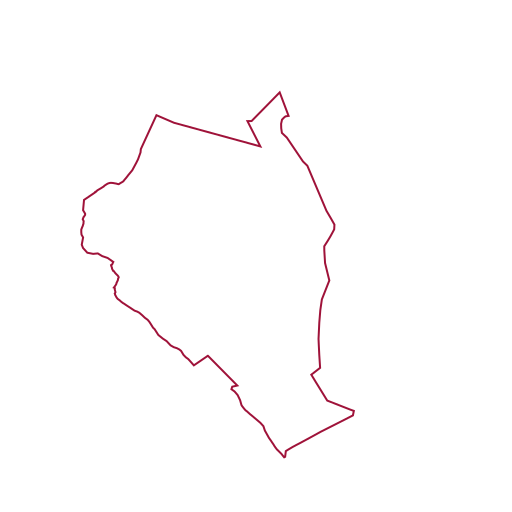 Santa Catarina Quiané, Oaxaca, Mexico, rotated 306°
{"feature_id": "50627088B32470914546985", "entity_name": "Santa Catarina Quiané", "entity_type": "district", "adm_level": 2, "iso_a3": "MEX", "parent_name": "Mexico", "parent_adm1": "Oaxaca", "projection": "equal_earth", "projection_center": [-96.743, 16.88], "detail": "fine", "context": "isolated", "style": "outline", "palette": "rose", "viewbox_px": 512, "rotation_deg": 306, "n_neighbors": 0, "source": "geoboundaries", "source_scale": "gbopen_adm2", "svg_char_len": 3083}
<svg xmlns="http://www.w3.org/2000/svg" viewBox="0 0 512 512"><g transform="rotate(306 256 256)"><path d="M131.0,270.0L146.1,275.4L146.7,275.5L147.0,275.7L147.0,275.8L140.2,317.0L136.3,313.6L133.8,314.4L133.8,318.3L132.7,322.9L130.0,327.9L126.9,331.8L126.4,333.0L125.7,335.4L125.3,336.9L125.0,338.3L125.0,340.0L124.8,341.8L124.5,344.5L124.5,345.5L123.6,357.6L122.7,362.0L119.9,365.9L119.8,366.2L116.5,373.3L115.1,377.4L114.6,378.6L114.4,379.3L114.1,380.1L113.8,381.0L113.2,382.3L112.7,383.8L112.5,384.2L112.2,385.4L111.8,386.5L111.7,387.6L111.5,388.7L111.4,389.4L111.3,390.1L111.2,390.7L111.0,391.9L110.9,392.7L110.8,393.1L109.9,396.3L109.7,397.1L110.7,397.6L115.7,394.8L118.2,395.8L123.3,398.0L125.5,399.1L126.0,399.3L130.8,401.7L133.1,402.8L140.0,406.1L151.7,411.6L159.7,415.7L166.5,419.2L184.0,428.1L188.2,426.2L187.1,422.4L180.9,398.6L188.3,380.6L188.9,379.1L192.5,370.5L203.2,373.6L213.2,365.3L221.3,358.8L225.7,355.3L239.4,346.3L250.1,339.8L259.6,334.8L279.3,329.7L290.9,316.0L300.5,308.1L304.0,305.5L310.6,305.1L315.2,304.7L319.2,304.2L323.5,303.6L327.5,301.0L330.6,294.2L334.0,286.4L359.2,244.5L360.1,238.4L369.9,211.4L370.8,204.6L374.2,201.3L377.7,198.6L381.6,196.9L384.5,197.3L386.3,197.8L388.5,200.0L402.3,179.0L362.6,173.1L360.1,169.8L347.2,195.1L315.6,111.4L311.4,92.7L274.8,100.0L271.9,101.7L265.3,103.6L264.5,103.8L264.4,103.8L260.8,104.4L252.6,105.5L250.8,105.4L246.2,105.1L244.9,105.1L242.5,105.0L240.2,104.8L238.9,104.8L237.9,104.6L236.7,104.1L235.2,103.4L234.0,103.0L233.4,102.7L233.0,101.9L232.4,100.3L231.8,99.1L231.2,97.8L230.6,96.7L229.6,95.2L228.7,94.4L227.6,93.6L226.1,92.9L224.9,92.5L223.7,92.0L222.9,92.0L221.4,91.4L219.6,90.7L217.8,89.9L215.7,89.0L214.5,88.9L213.8,88.6L214.1,87.7L213.3,88.6L200.3,83.9L191.4,89.2L189.8,92.9L188.8,93.6L186.4,93.7L186.2,93.6L183.9,94.2L182.9,96.1L182.3,96.4L180.6,97.5L180.0,97.6L179.2,97.9L178.4,98.2L176.9,98.5L175.8,98.8L174.7,99.1L172.5,100.7L170.7,102.3L169.4,105.2L162.7,108.4L160.8,111.4L159.5,117.6L162.0,123.0L165.1,126.5L165.5,131.6L167.2,137.1L167.3,144.0L167.0,144.0L165.9,144.3L164.5,144.6L163.4,144.1L162.9,144.7L162.5,145.3L161.8,146.4L161.1,147.0L160.8,147.6L160.5,148.3L160.1,148.8L160.0,149.0L160.2,150.0L159.9,150.8L159.6,151.6L159.4,152.6L159.2,153.5L159.1,154.3L159.0,154.9L158.9,155.6L158.7,156.3L158.4,157.0L158.0,157.5L156.4,157.8L155.6,158.3L155.0,158.5L153.3,158.8L152.2,159.0L151.4,159.4L149.8,159.6L146.9,159.6L147.1,160.5L146.6,161.0L145.9,161.4L145.4,162.0L145.0,162.5L144.7,162.9L144.1,163.6L142.6,163.8L142.4,164.3L141.8,164.8L141.5,165.5L141.2,166.1L140.9,166.7L140.6,167.3L140.4,167.9L140.2,168.6L140.0,169.3L140.0,169.9L140.0,170.5L140.0,171.2L140.0,172.0L139.9,172.6L139.8,173.2L139.8,173.9L139.7,174.6L139.8,175.4L139.7,176.1L139.9,177.5L139.9,178.1L139.9,178.9L140.4,189.9L141.2,192.6L141.5,194.9L141.2,198.7L140.7,202.4L140.7,205.8L140.1,208.3L139.1,210.9L137.5,214.8L137.2,217.0L134.7,223.4L134.4,229.2L134.6,233.7L133.5,239.4L133.9,243.1L134.9,246.1L135.3,248.8L135.2,251.2L133.4,255.4L132.8,258.8L132.8,261.8L131.0,270.0Z" fill="none" stroke="#9f1239" stroke-width="2"/></g></svg>